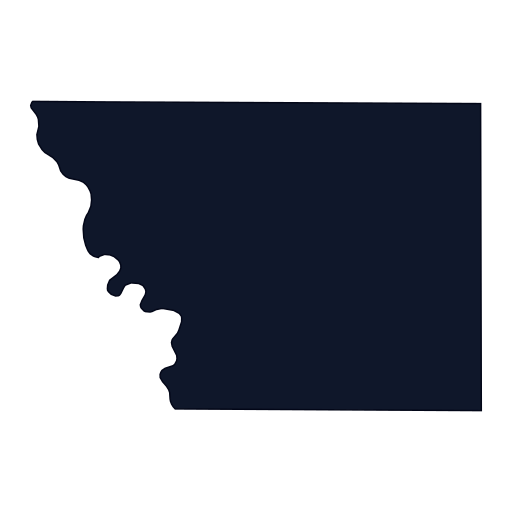 Monona, Iowa, United States of America
{"feature_id": "52423323B96687064906768", "entity_name": "Monona", "entity_type": "district", "adm_level": 2, "iso_a3": "USA", "parent_name": "United States of America", "parent_adm1": "Iowa", "projection": "albers", "projection_center": [-96.213, 42.039], "detail": "fine", "context": "isolated", "style": "filled", "palette": "ink", "viewbox_px": 512, "rotation_deg": 0, "n_neighbors": 0, "source": "geoboundaries", "source_scale": "gbopen_adm2", "svg_char_len": 1470}
<svg xmlns="http://www.w3.org/2000/svg" viewBox="0 0 512 512"><path d="M480.6,103.6L101.5,101.9L32.8,101.4L31.9,102.3L30.7,105.4L31.2,107.8L36.2,114.3L37.7,117.1L38.4,119.4L38.9,126.4L36.9,134.6L37.3,139.4L38.6,144.0L42.1,149.6L44.9,152.5L52.8,157.5L57.0,161.8L58.7,164.9L60.7,170.9L63.1,174.2L65.9,176.6L69.1,178.2L79.1,180.3L83.3,182.2L86.1,184.6L87.8,186.7L90.1,191.0L91.1,193.9L91.6,200.1L90.9,206.3L88.2,212.9L86.6,215.3L84.9,219.3L83.4,225.8L83.2,229.1L83.8,237.8L85.7,245.3L87.4,249.4L88.4,251.4L90.2,253.8L93.3,256.0L95.1,256.7L98.4,257.5L99.4,256.3L104.5,254.4L110.0,254.9L114.1,256.6L118.3,260.1L119.5,261.7L120.8,265.0L120.9,268.0L119.7,271.1L116.9,274.7L109.7,280.2L107.7,285.0L107.4,288.5L107.6,290.3L108.5,291.7L111.2,294.3L115.6,296.0L118.5,295.7L119.5,295.1L120.8,293.4L123.6,287.7L125.2,285.2L131.1,282.9L138.7,283.5L142.9,285.5L145.2,288.8L145.9,291.1L145.7,293.1L145.1,295.1L142.0,300.5L140.3,304.8L140.7,306.9L141.3,308.1L144.1,311.0L145.5,311.6L150.1,312.0L152.1,311.5L156.1,309.6L160.9,308.6L163.6,308.6L173.7,310.4L179.3,313.4L181.3,316.0L181.7,317.8L181.6,321.8L178.9,330.1L177.5,333.2L172.8,338.8L172.1,340.0L171.5,342.6L172.2,346.3L176.7,355.3L177.0,358.5L176.6,360.9L174.7,364.4L173.0,365.7L165.1,368.3L162.0,370.4L160.9,372.2L160.1,374.4L160.2,377.6L162.6,381.7L166.5,386.2L168.7,389.7L169.7,392.6L170.1,399.0L170.5,401.3L171.6,404.1L173.2,406.7L175.2,408.9L481.3,410.6L480.6,103.6Z" fill="#0f172a" stroke="#020617" stroke-width="1.5"/></svg>